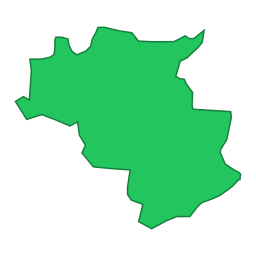 Artik, Shirak, Armenia
{"feature_id": "60910142B41372146219443", "entity_name": "Artik", "entity_type": "district", "adm_level": 2, "iso_a3": "ARM", "parent_name": "Armenia", "parent_adm1": "Shirak", "projection": "orthographic", "projection_center": [44.01, 40.585], "detail": "fine", "context": "isolated", "style": "filled", "palette": "green", "viewbox_px": 256, "rotation_deg": 0, "n_neighbors": 0, "source": "geoboundaries", "source_scale": "gbopen_adm2", "svg_char_len": 1154}
<svg xmlns="http://www.w3.org/2000/svg" viewBox="0 0 256 256"><path d="M29.8,59.2L31.4,70.1L29.4,100.0L23.5,96.6L15.4,101.4L26.7,119.4L41.8,114.6L55.3,119.7L70.0,126.0L77.5,121.8L79.5,135.3L85.4,145.2L82.0,152.9L93.3,166.8L109.1,168.4L130.1,169.9L127.5,187.5L127.6,194.4L131.2,200.0L142.9,204.4L138.6,221.6L151.7,228.7L166.0,220.9L176.7,216.6L189.9,216.5L193.6,211.7L197.7,206.4L202.0,202.6L212.8,198.6L219.5,195.6L227.0,190.3L232.0,186.6L238.9,179.5L239.9,179.6L240.6,174.2L239.8,173.4L238.8,172.4L234.4,170.1L225.2,164.1L220.2,152.4L220.7,149.3L226.7,139.7L231.3,117.6L230.7,111.7L192.9,109.2L192.1,105.2L192.6,92.5L189.4,88.2L186.0,83.5L184.4,79.3L179.8,78.7L175.8,76.4L180.1,61.3L182.1,60.3L187.0,57.8L198.6,46.9L202.2,42.4L204.1,30.4L200.2,33.5L193.8,38.6L189.1,38.6L185.3,35.8L180.6,38.3L174.1,41.6L167.5,41.7L153.5,41.8L147.0,41.5L138.4,41.1L131.8,32.7L124.7,31.7L119.6,30.9L112.3,29.2L104.5,27.3L97.9,27.4L96.1,32.1L94.4,35.1L92.4,38.8L90.6,46.3L86.0,51.1L76.7,54.9L71.9,51.2L69.1,45.6L68.0,39.0L61.5,37.2L55.8,37.3L54.9,40.1L55.0,46.7L54.1,54.3L50.4,57.1L43.7,58.6L41.1,59.1L29.8,59.2Z" fill="#22c55e" stroke="#15803d" stroke-width="1.5"/></svg>